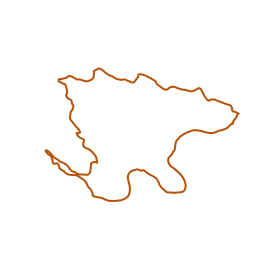 Bujaru, Pará, Brazil, rotated 124°
{"feature_id": "56859067B12305552092310", "entity_name": "Bujaru", "entity_type": "district", "adm_level": 2, "iso_a3": "BRA", "parent_name": "Brazil", "parent_adm1": "Pará", "projection": "equal_earth", "projection_center": [-48.062, -1.65], "detail": "fine", "context": "isolated", "style": "outline", "palette": "amber", "viewbox_px": 256, "rotation_deg": 124, "n_neighbors": 0, "source": "geoboundaries", "source_scale": "gbopen_adm2", "svg_char_len": 4538}
<svg xmlns="http://www.w3.org/2000/svg" viewBox="0 0 256 256"><g transform="rotate(124 128 128)"><path d="M128.1,211.6L127.9,210.1L127.7,208.5L127.6,206.7L127.0,204.6L127.9,202.8L129.1,201.6L129.8,200.6L131.1,199.8L132.2,198.5L133.1,198.0L134.6,197.9L135.9,197.4L136.9,195.3L137.0,193.4L136.7,191.8L137.0,190.2L138.1,188.9L139.1,188.1L139.5,186.7L140.3,185.4L141.6,185.1L142.7,184.9L143.5,184.3L145.2,184.3L146.4,184.5L147.6,184.2L148.6,183.4L149.8,183.0L151.7,181.9L152.8,181.2L153.5,179.6L154.4,176.6L155.1,174.5L155.7,172.5L156.5,169.1L157.2,167.1L158.3,165.3L159.8,166.0L160.8,167.7L161.7,167.0L162.3,165.7L162.7,164.3L162.8,162.6L162.7,160.8L162.4,159.4L162.6,157.7L164.4,156.8L166.0,156.4L167.0,155.8L168.1,154.2L168.3,152.7L168.1,151.2L167.6,149.5L167.5,147.2L167.8,145.0L168.2,143.0L168.7,141.1L169.2,139.6L169.8,138.5L170.6,137.4L171.9,136.1L173.0,135.1L173.9,134.3L174.7,136.6L176.1,137.8L177.2,138.6L178.3,138.6L179.8,137.8L181.3,137.0L182.5,136.3L183.4,135.8L185.6,134.6L186.9,134.5L188.1,134.7L189.1,135.1L190.1,136.4L191.3,138.5L192.7,140.8L193.7,142.6L194.2,144.2L194.2,146.4L194.5,148.0L195.1,149.8L195.1,151.6L194.6,153.1L194.0,154.6L193.3,156.5L192.9,158.9L192.9,161.5L193.4,163.3L193.8,165.6L193.5,168.5L193.6,170.6L193.8,172.4L193.5,174.2L192.5,177.3L192.2,178.6L192.0,180.0L191.8,182.8L193.0,183.6L193.8,181.9L194.5,179.2L194.2,177.4L194.5,176.0L195.3,174.7L196.2,173.5L196.9,172.5L197.8,171.8L198.8,170.8L199.2,169.6L198.3,168.4L197.4,167.9L196.8,166.6L197.2,165.3L197.9,164.1L199.7,162.3L199.9,160.8L199.7,157.7L200.2,154.3L200.2,152.9L199.8,151.3L199.2,150.0L198.5,148.3L197.5,147.3L196.5,145.5L195.8,143.2L195.8,141.1L195.7,139.0L195.7,136.6L196.0,133.7L197.4,130.7L198.4,129.3L199.0,128.1L199.4,126.6L199.8,124.7L200.7,122.8L201.8,121.3L203.2,119.7L203.9,118.6L203.4,117.0L202.7,115.4L202.2,114.2L201.6,112.7L200.9,111.3L200.4,109.4L200.0,106.5L199.0,103.1L198.4,101.9L195.9,98.2L192.3,93.9L191.3,93.0L188.2,90.9L187.0,90.4L184.8,89.8L183.4,89.8L180.5,90.7L179.2,91.3L176.9,92.6L176.0,93.4L174.2,95.2L172.4,97.3L171.4,98.2L170.1,99.7L169.0,100.7L166.4,101.7L164.6,101.8L163.5,101.5L162.2,101.4L160.1,99.8L159.2,98.9L158.2,98.2L157.2,97.3L156.6,96.0L156.1,93.2L154.9,92.3L154.3,91.2L154.2,89.5L154.4,88.0L154.6,84.6L154.1,81.3L154.0,79.8L154.0,78.4L153.9,77.0L154.3,75.4L155.3,73.3L156.7,71.0L157.6,69.9L158.6,67.0L159.2,63.7L159.4,62.1L159.5,60.4L159.3,59.1L157.0,55.7L155.9,53.3L154.9,52.1L154.0,51.2L153.2,50.2L152.5,49.1L151.7,48.3L150.6,47.3L149.7,46.7L147.7,46.4L146.2,46.7L144.9,47.3L142.7,48.5L141.6,49.7L139.7,52.3L138.7,54.1L138.1,55.4L137.6,57.0L137.0,59.1L136.6,61.2L135.8,67.1L135.7,69.4L135.8,71.5L135.2,73.1L134.4,74.4L133.4,75.8L132.4,76.5L131.4,77.2L130.3,77.6L128.9,77.6L127.9,77.3L125.2,76.9L124.0,77.0L122.5,77.2L120.2,77.1L118.5,77.8L117.4,78.4L114.3,79.9L112.5,80.5L110.9,80.7L109.6,80.5L108.2,80.2L107.0,80.1L105.9,79.9L104.5,79.4L101.4,78.1L100.4,77.5L99.5,76.9L98.5,76.5L96.6,74.9L95.5,74.3L94.2,73.3L93.2,72.6L92.2,70.8L91.2,69.4L90.6,67.9L89.7,65.8L89.0,63.8L88.6,62.5L88.1,61.0L87.1,59.1L86.5,57.5L85.7,56.2L84.8,55.0L83.6,53.9L82.4,52.9L80.0,51.5L78.4,50.1L77.2,48.9L75.0,47.3L73.8,46.5L72.6,45.9L71.6,45.6L70.6,45.4L69.6,45.1L67.2,44.7L65.6,43.4L65.0,44.3L63.6,44.3L62.5,44.5L60.3,44.3L57.8,44.3L55.4,44.9L54.3,44.6L54.5,46.7L54.8,48.6L55.6,50.4L54.7,52.0L53.6,52.5L52.4,54.3L52.1,56.3L52.5,57.7L53.7,61.6L54.1,63.7L55.1,67.5L56.0,72.1L56.7,73.4L57.5,74.7L58.7,75.6L60.0,75.9L60.4,77.9L58.7,82.8L56.9,85.8L55.1,89.1L55.0,91.0L56.0,92.0L57.6,92.8L59.4,93.7L60.9,94.7L61.8,95.5L62.8,96.9L63.6,99.1L63.8,100.6L64.7,102.5L65.6,104.1L66.1,105.4L67.5,110.0L67.6,111.5L68.2,113.0L68.8,114.1L70.5,115.7L72.0,116.3L73.8,116.9L74.9,117.8L75.7,119.4L75.8,122.2L75.6,123.9L75.6,126.3L75.5,128.5L74.8,129.8L73.8,131.3L73.8,133.1L74.1,135.4L74.0,137.1L74.3,138.5L74.4,139.9L74.7,142.5L75.1,144.2L75.7,145.8L76.1,147.1L77.0,148.7L78.0,149.2L79.9,148.1L81.5,148.2L83.0,148.4L86.1,148.4L87.3,149.0L88.2,150.4L88.3,151.8L88.7,153.2L89.3,156.5L89.6,158.0L90.4,159.2L91.3,159.9L92.2,161.0L93.8,165.3L93.9,166.8L94.0,169.9L94.6,172.1L94.7,173.5L94.8,175.9L94.7,177.2L94.4,181.6L94.4,183.8L95.1,185.7L96.7,186.4L97.9,187.1L98.9,187.7L100.2,188.0L101.1,187.2L103.7,185.8L104.9,185.0L106.7,184.8L108.1,185.1L109.5,186.1L111.4,187.3L112.4,188.4L113.2,189.7L114.1,193.3L114.8,195.4L115.6,196.4L116.3,197.5L116.4,199.1L116.7,202.8L117.1,204.5L117.6,206.0L120.0,206.8L121.5,207.6L122.3,208.5L123.6,209.7L124.7,210.3L125.4,211.8L126.5,212.6L128.1,211.6Z" fill="none" stroke="#b45309" stroke-width="2"/></g></svg>